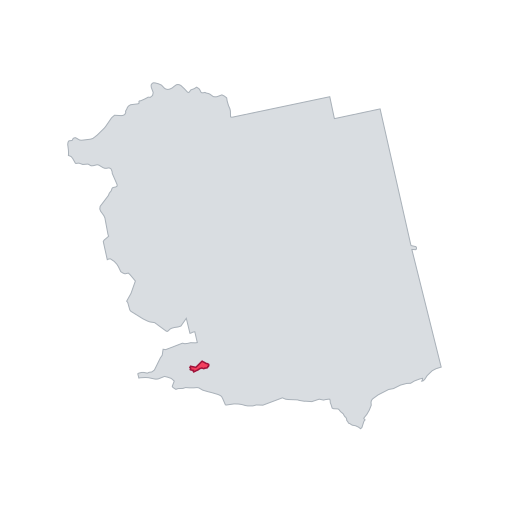 location of Ed Damazine, Blue Nile, Sudan, rotated 76°
{"feature_id": "16777658B29603922889850", "entity_name": "Ed Damazine", "entity_type": "district", "adm_level": 2, "iso_a3": "SDN", "parent_name": "Sudan", "parent_adm1": "Blue Nile", "projection": "albers", "projection_center": [34.253, 12.058], "detail": "fine", "context": "in_parent", "style": "filled", "palette": "rose", "viewbox_px": 512, "rotation_deg": 76, "n_neighbors": 0, "source": "geoboundaries", "source_scale": "gbopen_adm2", "svg_char_len": 4920}
<svg xmlns="http://www.w3.org/2000/svg" viewBox="0 0 512 512"><g transform="rotate(76 256 256)"><path d="M346.1,399.2L341.7,399.2L341.3,398.1L341.3,395.3L341.8,393.1L343.4,389.7L343.0,387.9L343.3,385.2L342.1,382.2L331.7,373.4L329.6,371.0L324.0,368.7L325.0,366.3L322.8,348.4L323.9,346.3L324.3,343.2L324.3,340.4L325.6,335.8L325.8,333.9L314.7,333.7L314.6,335.7L315.1,337.9L315.0,338.8L299.6,338.7L305.8,345.8L306.0,348.9L305.6,352.7L305.7,355.2L306.0,356.8L307.7,359.9L307.6,360.5L307.2,361.3L296.1,370.5L294.3,374.9L292.8,377.1L289.6,380.9L279.4,390.8L277.8,391.5L270.1,391.7L269.4,392.0L268.8,392.4L268.4,392.3L262.0,386.3L251.1,379.1L243.7,382.7L241.7,384.0L241.6,387.4L240.5,389.1L238.5,391.0L233.1,392.1L230.3,393.0L226.9,394.9L223.5,398.0L223.3,399.7L223.6,401.2L205.0,400.7L203.8,399.5L201.2,394.2L199.3,394.4L182.4,393.4L179.9,393.9L175.0,395.9L172.6,396.2L170.1,395.2L161.5,384.5L159.6,383.2L157.6,380.6L155.8,379.5L155.1,378.7L155.0,377.6L155.1,375.3L154.5,373.8L153.1,373.5L141.1,375.5L139.4,375.2L136.9,375.5L136.0,375.9L134.9,377.3L134.7,380.1L134.3,381.5L133.3,383.0L129.8,386.5L129.0,388.0L129.0,391.9L128.7,393.8L128.2,394.7L126.6,396.2L126.1,397.0L125.3,401.9L123.3,404.9L122.9,405.9L122.7,408.1L122.3,408.8L116.9,410.3L114.8,411.3L113.5,413.0L113.1,413.7L110.8,413.0L107.9,412.4L102.2,411.7L100.0,410.8L99.0,409.6L99.4,406.6L98.9,405.9L98.0,405.3L97.4,404.0L97.6,402.4L100.8,399.1L101.5,397.2L102.6,388.5L102.5,385.9L100.3,380.9L95.2,372.2L93.9,370.5L87.4,363.2L86.7,362.2L85.2,359.2L87.2,352.8L87.4,351.0L87.0,349.2L85.4,347.7L83.9,347.5L82.0,345.7L80.7,344.8L79.6,343.3L78.9,341.1L79.8,333.6L79.4,332.5L77.7,332.2L77.3,331.6L77.5,330.2L76.7,325.8L75.8,322.2L76.5,320.2L75.2,317.5L72.5,316.2L67.1,316.8L65.4,316.6L64.3,316.1L63.5,315.0L63.1,313.9L63.6,312.1L65.3,309.0L67.3,306.4L71.3,304.1L72.3,302.9L73.0,301.5L73.2,299.9L73.0,298.1L72.6,296.5L71.6,294.4L70.6,291.9L70.7,290.3L71.2,289.1L72.3,287.7L76.3,285.1L80.3,282.9L81.0,282.1L80.8,281.1L79.1,279.1L78.7,275.4L77.8,272.8L79.8,270.9L81.3,270.3L83.7,269.8L84.6,269.0L84.9,267.4L84.9,266.0L85.8,264.9L87.0,262.6L87.9,261.5L91.0,258.9L91.7,257.1L92.0,255.4L91.4,250.1L93.2,248.0L95.5,246.2L98.6,246.5L103.5,246.3L106.9,245.7L109.3,245.8L114.7,247.0L115.3,246.6L115.6,245.2L119.3,145.9L141.4,146.7L141.7,146.6L143.3,100.0L282.3,103.1L283.4,103.0L285.6,98.6L286.6,98.3L288.0,98.6L288.5,99.6L287.3,103.2L408.6,103.2L408.9,108.5L409.9,112.7L413.4,118.8L416.4,122.0L417.5,123.8L417.6,124.7L417.5,125.5L416.6,124.6L415.0,124.0L414.9,126.8L415.6,132.7L416.9,136.8L416.1,140.6L416.2,147.0L417.9,154.7L417.6,159.6L420.3,171.1L422.9,177.5L424.2,179.0L425.8,179.8L428.7,180.3L433.1,183.5L436.6,186.9L437.9,188.7L439.5,190.7L440.7,190.3L441.4,189.8L442.5,191.3L448.0,194.7L448.9,196.3L446.9,197.9L444.7,200.6L443.6,203.2L443.0,204.0L441.2,205.6L440.9,206.3L440.2,206.8L439.3,206.9L437.5,207.7L435.8,207.5L434.1,208.0L433.5,208.6L432.1,209.1L430.3,209.5L427.5,211.6L425.0,212.7L424.2,213.5L422.9,217.8L422.0,218.9L418.3,219.1L416.5,219.4L414.0,219.0L412.8,219.1L412.5,220.0L412.1,223.6L412.2,225.2L410.2,229.3L410.8,237.1L408.9,242.9L408.6,244.3L406.6,248.9L405.6,250.6L403.1,259.3L402.1,261.9L400.0,264.7L402.4,285.4L400.6,291.8L400.7,295.2L399.4,300.4L398.4,302.7L396.7,305.6L395.4,308.8L394.2,313.0L393.4,321.0L393.0,321.7L386.4,322.8L384.3,323.3L382.9,324.2L381.2,326.3L377.9,331.9L376.1,335.3L373.3,340.1L370.1,343.4L369.4,345.0L368.9,348.0L367.7,352.8L366.6,356.2L366.8,358.9L365.8,363.7L366.0,366.0L364.8,367.2L363.3,368.5L362.2,368.8L357.6,365.6L354.3,367.8L352.3,370.9L350.7,373.9L351.6,380.5L351.5,381.9L351.1,383.5L348.0,389.9L347.1,392.9L346.1,398.0L346.1,399.2Z" fill="#d9dde1" stroke="#a8b0b8" stroke-width="1"/><path d="M346.2,332.6L346.0,332.8L345.8,332.9L345.7,333.1L345.0,333.7L345.4,334.5L346.6,336.4L349.5,341.3L347.1,346.2L348.1,347.0L348.3,346.6L349.3,346.6L349.5,346.9L350.3,347.3L350.6,347.1L350.7,346.7L351.1,346.1L351.4,345.6L351.8,344.5L352.2,344.8L352.5,344.8L353.5,344.4L353.3,343.9L353.2,343.8L353.1,343.6L353.1,343.4L353.1,343.1L353.1,342.7L353.0,342.4L352.9,342.1L352.8,341.7L352.7,341.2L352.7,340.7L352.6,340.3L352.5,340.2L352.5,339.7L352.2,339.4L352.1,339.1L352.1,338.8L352.0,338.6L351.9,338.2L351.6,337.6L351.6,337.4L351.6,337.1L351.7,336.6L351.6,336.2L351.5,335.8L351.6,335.6L351.7,335.4L352.0,335.0L352.1,334.9L352.3,334.5L352.6,334.2L352.7,333.6L352.4,333.0L352.5,332.9L352.6,332.7L352.6,332.4L352.5,331.8L352.5,331.5L352.7,331.2L352.7,330.6L352.6,330.2L352.3,329.9L352.0,329.7L351.9,329.6L351.6,329.5L351.7,329.3L351.7,329.2L351.6,328.9L351.3,328.6L351.0,328.4L350.8,328.3L350.5,328.3L350.3,328.3L350.1,328.2L349.9,328.1L349.7,328.1L349.4,328.4L349.1,328.8L348.8,329.2L348.7,329.2L348.5,329.7L348.4,329.8L348.3,330.0L348.2,330.2L348.1,330.5L347.8,330.9L347.4,331.2L347.3,331.3L347.2,331.3L347.0,331.6L346.9,331.7L346.7,331.8L346.5,332.1L346.4,332.3L346.2,332.6Z" fill="#f43f5e" stroke="#9f1239" stroke-width="1.5"/></g></svg>